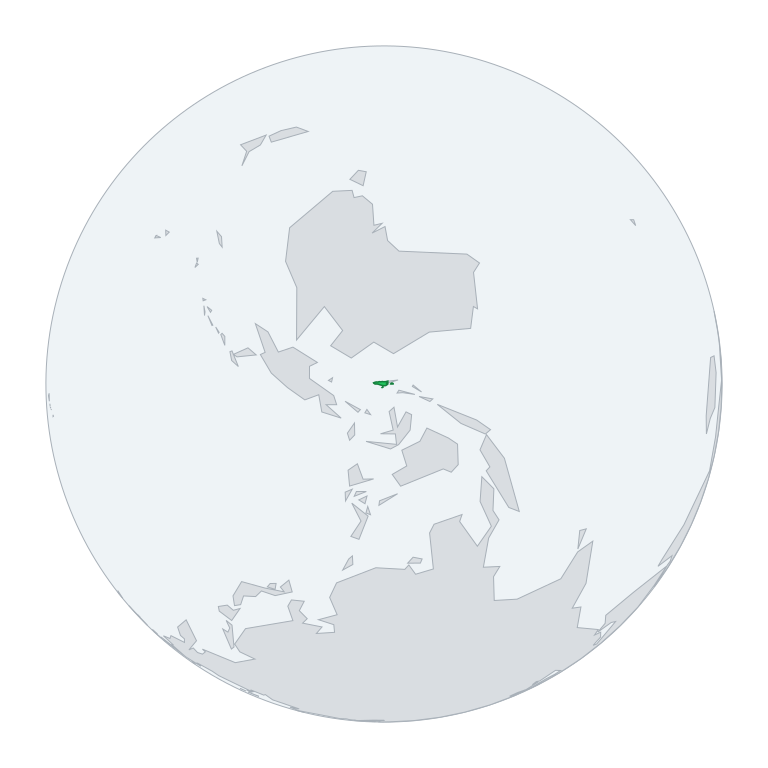 East Timor on an orthographic globe, rotated 199°
{"feature_id": "TLS", "entity_name": "East Timor", "entity_type": "country or territory", "adm_level": 0, "iso_a3": "TLS", "parent_name": "Asia", "parent_adm1": "", "projection": "orthographic", "projection_center": [125.525, -8.826], "detail": "fine", "context": "on_globe", "style": "filled", "palette": "green", "viewbox_px": 768, "rotation_deg": 199, "n_neighbors": 0, "source": "natural_earth", "source_scale": "50m", "svg_char_len": 7540}
<svg xmlns="http://www.w3.org/2000/svg" viewBox="0 0 768 768"><g transform="rotate(199 384 384)"><circle cx="384" cy="384" r="338" fill="#eef3f6" stroke="#a8b0b8"/><path d="M648.3,447.5L648.0,450.0L647.6,450.3L648.3,447.5ZM566.0,99.3L567.4,100.2L568.5,102.0L561.2,96.3L566.0,99.3ZM553.1,91.4L551.6,90.7L544.7,86.8L539.4,84.3L531.5,80.2L528.7,78.6L553.1,91.4ZM521.1,75.1L520.5,74.9L511.5,71.2L513.2,71.8L521.1,75.1ZM697.6,266.2L694.8,258.7L697.4,263.7L697.6,266.2ZM692.4,254.1L693.5,256.6L692.5,254.5L692.4,254.1ZM691.2,252.5L692.1,253.6L691.4,253.0L691.2,252.5ZM689.9,251.2L690.5,251.6L690.6,251.8L689.9,251.2ZM686.9,247.1L686.0,245.9L686.3,245.4L686.9,247.1ZM540.1,84.7L542.1,85.9L538.5,84.1L540.1,84.7ZM523.1,76.6L516.7,73.9L522.5,76.1L523.1,76.6ZM512.5,72.2L497.2,66.9L500.3,68.7L482.7,61.5L501.6,67.8L508.2,69.9L508.0,70.2L512.5,72.2ZM475.5,58.9L471.1,57.7L474.9,58.7L475.5,58.9ZM269.7,66.0L270.1,65.9L274.5,64.3L278.5,63.0L278.2,63.7L281.4,62.6L282.8,61.8L290.0,59.5L302.7,56.1L301.9,56.4L297.2,57.7L286.2,61.7L273.9,66.0L274.8,66.0L285.4,62.4L298.8,57.4L306.6,55.3L301.4,57.0L303.9,56.2L307.6,55.4L310.5,55.2L316.7,53.3L358.0,47.4L367.7,47.8L358.4,49.2L386.4,49.1L395.2,51.7L396.3,50.7L410.6,51.4L408.0,50.5L409.7,50.2L445.1,54.4L452.8,56.5L469.4,59.4L470.0,59.2L465.2,57.5L482.7,61.5L500.3,68.7L498.0,68.6L510.6,74.1L503.5,73.7L503.5,76.7L488.5,74.7L489.8,78.1L494.6,80.0L500.0,87.0L494.3,96.6L477.7,80.2L481.9,69.1L478.4,72.3L472.9,69.4L467.7,69.5L465.7,72.6L469.4,74.2L433.9,72.1L416.5,81.9L433.1,83.8L440.5,89.5L435.3,107.6L393.1,130.6L402.6,142.6L401.2,149.7L388.7,152.6L390.3,142.1L380.2,137.1L383.1,131.4L363.5,134.1L366.7,126.1L349.9,133.1L353.1,140.1L369.2,139.8L353.2,150.6L365.9,164.5L364.1,180.5L331.9,207.6L304.0,215.5L301.6,221.0L292.2,214.4L277.1,225.2L292.4,258.0L291.0,267.7L267.7,286.0L267.7,278.6L242.9,261.0L236.2,284.5L254.9,304.2L261.3,328.2L246.0,320.7L239.8,299.9L231.0,293.0L234.9,272.4L230.4,243.1L215.1,249.2L217.7,237.5L209.3,215.2L188.1,223.9L153.4,257.4L146.2,288.3L135.4,303.4L128.1,261.3L133.0,233.3L125.2,237.3L122.0,216.6L101.5,221.6L103.2,215.2L98.3,219.9L96.8,215.3L101.2,205.0L98.2,207.5L87.7,234.8L91.5,232.5L101.1,219.0L97.0,229.7L99.0,237.5L80.2,268.4L57.4,303.9L63.0,281.5L71.3,255.8L82.0,232.4L94.4,209.9L108.4,188.4L124.1,168.0L141.3,148.9L159.8,131.2L179.7,114.8L200.7,100.1L222.8,87.0L245.9,75.6L269.7,66.0ZM62.5,280.0L57.0,305.5L55.7,309.7L55.8,315.4L65.6,300.8L64.0,308.7L54.6,348.5L47.9,407.9L53.3,442.0L60.4,472.6L66.1,497.7L75.6,520.5L80.0,531.4L86.9,544.8L95.6,560.2L83.8,539.1L73.4,517.1L64.7,494.5L57.6,471.3L52.1,447.7L48.4,423.7L46.4,399.5L46.2,375.3L47.7,351.1L50.9,327.1L55.9,303.3L62.5,280.0ZM123.8,170.6L128.6,169.1L140.2,153.8L143.0,152.3L145.9,148.0L141.0,152.7L150.1,141.4L157.2,135.8L163.6,129.7L162.3,130.1L148.0,142.4L134.7,158.1L127.8,165.4L123.8,170.6ZM197.6,615.7L204.5,619.6L201.4,620.6L197.6,615.7ZM69.0,458.8L83.8,515.4L81.1,518.1L73.7,502.9L63.5,469.5L64.3,457.6L62.9,441.7L69.0,458.8ZM345.9,388.7L356.4,390.9L356.1,392.5L345.9,388.7ZM334.9,382.4L346.8,383.6L333.0,385.8L334.9,382.4ZM351.4,384.2L363.5,381.9L368.7,379.7L367.9,383.0L351.4,384.2ZM327.0,382.1L284.7,380.1L268.4,375.5L271.9,369.7L298.4,371.8L327.0,382.1ZM270.6,369.5L246.0,353.0L214.6,307.5L225.8,307.9L259.1,335.2L256.9,340.1L271.8,353.0L270.6,369.5ZM331.4,341.5L329.1,356.3L305.5,353.9L294.9,351.1L287.6,331.9L291.7,322.5L300.3,323.0L335.0,292.8L346.8,301.2L335.8,313.9L345.6,327.2L331.4,341.5ZM147.0,291.1L151.2,309.2L145.6,312.9L147.0,291.1ZM350.2,272.1L335.4,284.7L349.3,267.6L350.2,272.1ZM359.1,256.2L359.5,262.9L354.2,256.0L359.1,256.2ZM300.1,229.7L291.0,231.0L291.3,226.5L303.3,222.3L300.1,229.7ZM362.5,194.6L360.4,207.0L357.9,211.2L354.7,203.2L362.5,194.6ZM352.9,47.7L359.2,47.0L361.2,47.0L360.1,47.2L352.9,47.7ZM358.4,47.1L353.3,47.5L352.5,47.5L358.4,47.1ZM569.3,576.0L573.4,580.9L563.8,590.1L550.5,598.4L537.9,598.1L569.3,576.0ZM469.9,578.9L468.3,564.7L482.9,566.4L477.8,577.7L469.9,578.9ZM578.7,569.8L587.2,559.8L589.4,544.0L589.6,559.3L597.5,563.5L576.5,581.0L578.7,569.8ZM413.1,514.5L347.9,533.8L333.1,529.5L335.7,518.7L320.0,485.5L324.7,486.4L320.2,464.8L358.1,447.8L384.9,415.8L407.3,420.3L423.4,397.9L446.9,402.8L440.5,421.1L465.6,437.8L481.0,397.1L497.8,446.7L517.0,467.9L524.1,501.0L495.2,549.5L477.2,556.7L473.0,550.5L465.7,554.9L453.4,550.2L445.2,530.8L438.1,535.3L444.4,522.8L434.3,533.2L427.3,520.8L413.1,514.5ZM581.6,460.7L585.4,463.2L591.8,474.0L585.6,470.4L581.6,460.7ZM638.6,453.4L640.5,458.4L636.5,457.7L638.6,453.4ZM647.6,450.3L642.8,449.8L648.3,447.5L647.6,450.3ZM600.2,438.2L602.2,441.9L600.7,442.5L600.2,438.2ZM598.6,436.7L600.7,432.6L600.6,437.3L598.6,436.7ZM579.9,405.6L582.1,403.8L583.2,406.0L579.9,405.6ZM372.0,392.4L386.5,381.7L394.6,381.5L372.0,392.4ZM576.5,399.6L570.9,397.6L571.4,395.3L576.5,399.6ZM576.7,393.9L576.0,390.3L579.8,399.4L576.7,393.9ZM565.7,383.3L572.8,391.3L565.0,383.9L565.7,383.3ZM561.7,383.1L556.7,379.2L557.0,378.2L561.7,383.1ZM506.7,375.2L525.3,399.2L510.7,395.5L494.3,379.8L482.1,389.2L454.0,382.7L460.2,376.5L456.3,365.0L427.8,356.7L422.0,349.0L432.0,345.6L413.4,337.8L433.7,337.3L442.2,352.6L453.7,343.2L474.1,349.2L494.1,357.6L510.5,371.6L506.7,375.2ZM434.2,368.8L437.7,369.3L434.7,373.2L434.2,368.8ZM547.1,368.7L554.4,377.6L553.6,379.2L550.0,377.2L547.1,368.7ZM514.3,369.9L531.8,361.8L536.0,363.0L524.4,373.9L514.3,369.9ZM527.4,353.1L535.7,356.6L540.2,364.4L538.5,365.8L527.4,353.1ZM392.7,350.5L391.9,354.4L386.7,350.7L392.7,350.5ZM399.4,348.8L415.2,355.0L398.0,352.1L399.4,348.8ZM352.5,331.0L357.0,340.5L371.1,335.8L360.3,343.4L370.2,359.6L367.0,365.3L357.2,347.7L354.1,364.8L347.9,364.0L344.3,348.9L350.4,331.5L356.7,324.7L382.3,323.9L352.5,331.0ZM399.2,337.5L395.1,326.3L398.2,319.6L402.6,325.6L399.2,337.5ZM383.2,299.9L372.8,287.2L362.9,290.9L383.3,276.3L389.9,290.8L383.2,299.9ZM375.1,273.4L365.7,276.6L375.6,268.1L375.1,273.4ZM363.6,272.6L363.0,264.6L370.1,266.2L363.6,272.6ZM379.8,274.2L382.3,260.9L385.5,269.1L379.8,274.2ZM361.1,246.9L375.7,260.9L356.0,253.9L357.1,229.0L365.7,229.1L361.1,246.9ZM421.1,160.3L420.1,154.4L428.3,154.2L426.7,158.3L421.1,160.3ZM454.3,150.8L430.2,152.3L410.7,155.0L415.9,158.3L410.1,167.6L403.1,157.5L418.0,148.5L432.5,148.4L436.2,141.2L447.8,137.9L447.7,128.7L453.2,125.8L457.8,134.5L454.3,150.8ZM447.0,124.9L451.0,110.8L465.8,115.6L468.2,119.7L460.2,123.9L452.8,121.0L447.0,124.9ZM456.3,109.1L449.2,106.5L440.2,86.5L442.0,83.7L456.7,99.9L450.8,98.6L450.4,103.1L456.3,109.1ZM471.7,58.0L471.2,57.8L474.3,58.7L471.7,58.0ZM408.0,49.7L410.7,49.4L414.3,50.1L408.0,49.7ZM420.4,49.4L414.4,48.8L421.0,49.3L420.4,49.4ZM401.0,47.8L412.2,48.4L401.1,48.1L401.0,47.8Z" fill="#d9dde1" stroke="#a8b0b8" stroke-width="1"/><path d="M381.3,388.0L381.1,387.3L380.9,387.0L380.8,386.8L380.7,386.5L380.7,386.3L380.8,386.2L381.5,386.1L381.8,385.8L381.8,385.3L381.7,385.1L380.8,385.4L380.6,385.3L380.4,385.2L380.5,384.7L381.1,384.2L381.6,383.3L382.0,383.0L382.8,382.6L383.2,382.5L385.6,382.0L386.2,382.0L387.8,382.0L389.9,381.9L390.4,381.8L391.1,381.6L391.7,381.4L392.1,381.2L392.4,381.0L392.9,381.2L393.9,381.4L394.1,381.5L394.3,381.7L393.3,382.6L392.1,383.4L391.4,383.6L390.6,383.8L390.1,384.0L389.6,384.5L389.0,384.8L388.3,384.9L387.7,385.0L387.2,385.3L386.5,385.8L386.2,385.8L385.8,385.8L385.2,386.0L383.3,386.7L382.2,387.4L381.3,388.0ZM375.3,387.1L376.3,386.6L377.7,386.2L377.7,386.4L377.5,386.9L377.3,387.1L377.0,387.5L376.8,387.6L375.9,387.5L375.7,387.5L375.4,387.3L375.3,387.1ZM384.7,380.0L384.3,381.0L383.9,380.8L384.3,380.2L384.6,380.0L384.7,380.0Z" fill="#22c55e" stroke="#15803d" stroke-width="1.5"/></g></svg>